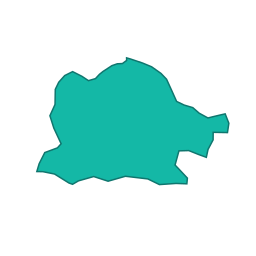 Faleia, Paphos, Cyprus, rotated 256°
{"feature_id": "46923920B65906378880060", "entity_name": "Faleia", "entity_type": "district", "adm_level": 2, "iso_a3": "CYP", "parent_name": "Cyprus", "parent_adm1": "Paphos", "projection": "mercator", "projection_center": [32.588, 34.857], "detail": "fine", "context": "isolated", "style": "filled", "palette": "teal", "viewbox_px": 256, "rotation_deg": 256, "n_neighbors": 0, "source": "geoboundaries", "source_scale": "gbopen_adm2", "svg_char_len": 850}
<svg xmlns="http://www.w3.org/2000/svg" viewBox="0 0 256 256"><g transform="rotate(256 128 128)"><path d="M86.8,60.6L88.7,67.2L89.2,83.0L81.2,95.8L81.8,113.8L73.8,134.9L65.5,144.8L62.6,161.2L59.6,171.6L65.0,173.5L80.7,164.7L93.5,171.9L91.4,181.5L85.2,190.1L80.6,196.9L87.9,200.5L95.9,207.7L103.2,209.6L99.5,223.4L108.2,227.0L118.2,225.7L118.3,222.0L118.4,212.8L118.4,208.0L125.2,200.6L132.1,195.8L136.7,188.0L142.0,181.6L153.1,179.6L166.0,177.2L173.0,173.2L181.7,165.7L187.4,158.0L194.3,147.2L196.4,143.6L193.9,143.0L191.9,138.2L192.9,133.1L192.4,127.5L188.9,117.4L187.0,113.3L183.8,108.4L183.5,101.1L189.3,95.8L196.1,87.9L194.2,79.3L189.2,71.9L183.1,66.8L168.5,62.9L158.8,55.2L145.9,56.0L128.9,59.3L125.8,54.7L124.3,41.3L114.9,33.2L107.8,29.0L106.2,34.9L101.1,45.6L88.9,57.4L86.8,60.6Z" fill="#14b8a6" stroke="#0f766e" stroke-width="1.5"/></g></svg>